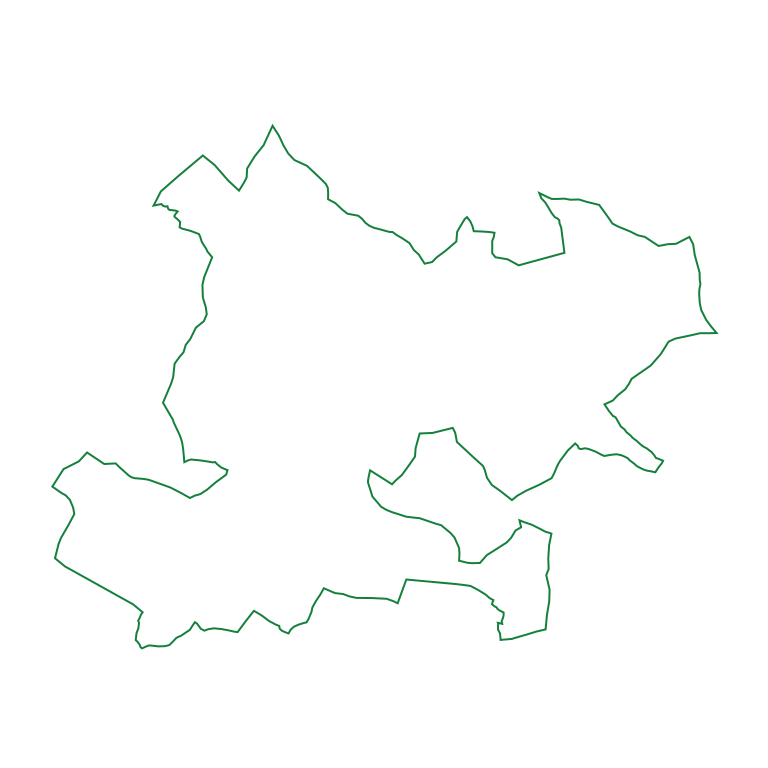 Nwangele, Imo, Nigeria, rotated 179°
{"feature_id": "59680162B11133908611483", "entity_name": "Nwangele", "entity_type": "district", "adm_level": 2, "iso_a3": "NGA", "parent_name": "Nigeria", "parent_adm1": "Imo", "projection": "albers", "projection_center": [7.127, 5.702], "detail": "fine", "context": "isolated", "style": "outline", "palette": "green", "viewbox_px": 768, "rotation_deg": 179, "n_neighbors": 0, "source": "geoboundaries", "source_scale": "gbopen_adm2", "svg_char_len": 5126}
<svg xmlns="http://www.w3.org/2000/svg" viewBox="0 0 768 768"><g transform="rotate(179 384 384)"><path d="M114.2,291.0L113.3,292.4L111.7,294.8L109.7,297.4L107.6,299.9L106.3,302.4L109.2,303.7L113.5,305.4L115.0,308.0L116.5,309.8L117.7,311.4L119.8,312.9L122.3,315.0L125.9,317.0L129.0,319.5L132.1,322.5L136.3,325.8L138.5,328.3L142.4,331.6L144.4,334.5L147.8,337.2L153.0,346.6L155.8,348.2L159.7,353.3L163.9,359.8L155.6,363.4L150.3,368.8L143.0,374.4L139.2,379.7L136.3,384.9L117.0,397.8L106.8,409.0L98.7,421.4L92.0,424.3L77.5,427.1L66.9,429.3L57.5,429.1L50.6,429.2L56.1,436.0L60.7,442.4L65.5,452.3L66.9,459.7L67.3,469.2L66.9,474.1L65.9,478.3L66.5,483.1L66.5,489.8L71.0,507.3L72.5,518.5L76.1,525.7L89.5,519.1L98.0,518.8L107.0,517.2L120.6,526.5L127.8,528.3L134.8,532.0L147.1,537.3L152.8,540.4L156.0,545.4L165.7,559.3L178.5,562.7L185.9,565.1L194.3,565.0L200.6,566.2L207.0,566.0L213.0,566.1L216.8,567.8L225.4,572.2L223.5,567.0L219.6,562.7L216.9,558.2L213.6,552.3L210.3,547.8L207.8,546.6L205.9,544.7L205.7,541.7L204.1,537.3L201.3,512.0L247.3,500.3L258.2,506.5L270.4,508.8L273.5,512.9L273.3,525.0L271.6,529.3L270.9,533.3L275.9,534.1L283.9,534.8L291.6,535.2L292.7,540.0L294.9,545.2L298.1,549.4L300.5,547.4L305.1,540.1L308.2,534.8L309.2,525.2L320.2,516.1L329.1,509.7L333.8,505.1L341.3,503.6L347.0,512.9L351.8,517.4L356.0,524.4L362.9,529.2L368.7,532.7L372.8,535.8L376.1,536.0L387.4,539.3L391.0,540.2L395.9,542.5L399.8,545.5L402.9,549.4L406.8,552.7L417.6,554.9L422.8,559.2L429.6,565.8L436.7,569.7L436.5,575.8L436.8,581.3L438.7,585.1L444.2,590.8L457.1,603.4L469.7,609.5L475.7,616.1L480.2,624.0L484.7,634.1L490.9,644.1L500.2,624.9L509.4,613.8L517.1,601.8L517.7,593.0L520.4,587.9L525.6,579.9L536.3,590.2L549.5,605.9L561.2,615.6L586.0,595.5L603.7,580.5L608.6,571.3L611.3,566.4L603.4,567.8L601.7,565.9L599.2,565.2L597.4,565.5L596.8,563.1L595.5,561.8L592.2,561.4L589.4,561.0L587.3,560.1L589.3,557.9L590.6,555.8L590.6,555.0L589.6,554.0L588.0,552.7L585.0,549.7L585.3,546.7L585.6,544.2L583.3,542.9L574.8,540.5L566.5,537.2L565.3,534.7L563.7,529.3L560.9,524.6L559.5,522.4L558.2,519.5L553.6,513.7L562.0,493.8L563.8,486.2L563.6,473.7L560.8,463.6L560.0,456.8L563.0,450.0L571.1,443.6L577.0,432.2L581.5,426.7L583.9,419.2L588.1,414.5L593.0,408.0L594.7,394.4L596.9,388.0L605.3,369.1L595.7,352.0L594.8,349.0L592.0,342.8L588.9,335.8L586.9,329.4L585.9,321.9L585.0,309.3L581.4,311.0L578.2,311.9L569.0,310.8L561.1,309.5L556.3,308.6L554.2,308.9L552.4,306.9L548.4,303.5L544.0,301.4L542.0,300.7L543.4,296.1L553.9,288.7L562.9,281.3L569.7,277.1L575.1,275.7L580.0,273.4L588.7,278.5L599.3,284.2L612.0,289.0L621.1,292.4L626.3,293.3L635.1,294.2L638.1,295.2L640.7,296.9L649.8,305.3L653.7,309.3L665.1,308.9L682.1,320.7L690.4,312.0L705.9,304.5L717.4,287.2L708.6,280.8L704.2,278.2L700.1,273.7L697.0,266.0L695.9,259.4L702.0,248.4L709.6,235.8L712.2,229.6L716.0,215.5L706.2,207.2L638.6,168.0L629.3,160.0L630.9,157.9L632.7,153.7L633.9,151.7L633.1,149.4L633.9,143.9L635.8,139.2L636.7,132.3L634.9,130.5L632.6,127.2L632.0,125.1L630.5,123.9L626.9,125.5L623.7,126.7L620.8,126.5L614.2,125.6L607.6,125.7L603.2,126.7L599.6,130.1L595.9,133.9L591.4,135.8L588.0,138.0L582.4,141.6L580.0,145.2L577.3,149.1L575.3,147.9L573.0,144.7L571.4,142.4L567.9,140.5L564.0,141.9L558.3,142.7L550.6,141.8L543.7,140.4L538.2,139.0L534.7,138.5L525.9,149.9L518.0,159.5L510.3,154.7L503.3,149.2L496.2,145.2L493.0,144.0L492.6,141.3L490.4,139.1L486.8,137.4L483.8,136.3L481.5,140.1L478.3,142.9L473.9,144.8L468.2,146.5L465.6,147.0L463.5,150.5L460.5,157.4L459.5,161.8L455.7,168.4L451.4,174.5L447.7,180.8L436.7,175.8L428.5,174.7L422.2,172.2L415.0,170.6L400.0,170.2L385.1,169.2L378.4,166.7L374.2,164.5L365.1,188.1L315.6,182.7L308.7,181.8L301.1,180.6L294.3,176.9L286.3,171.9L282.1,168.1L278.4,166.0L279.4,163.7L279.8,161.8L277.3,159.7L275.4,158.8L274.5,157.2L272.2,155.4L268.4,153.5L268.5,150.1L269.4,147.4L270.5,144.8L270.0,142.1L272.4,142.8L274.3,143.2L274.0,142.2L274.2,140.1L274.3,137.3L274.2,136.3L273.2,134.3L272.3,132.5L271.9,126.1L260.5,126.9L258.0,127.7L246.1,130.9L236.0,133.8L226.7,135.8L225.1,150.3L222.6,163.7L222.0,175.3L225.1,190.1L222.6,196.1L222.8,206.6L221.7,220.1L219.2,231.5L225.6,233.7L230.8,236.6L238.7,240.7L246.7,243.6L250.9,245.4L249.4,238.3L255.0,235.3L259.6,228.0L264.2,223.3L284.2,211.1L291.2,203.4L298.9,203.3L303.8,203.8L312.0,206.0L311.5,213.2L311.8,218.7L316.1,229.1L320.0,233.8L329.3,241.8L335.2,243.6L351.0,249.3L355.0,249.7L364.0,250.9L372.5,253.8L377.9,255.6L383.8,258.1L389.0,261.3L397.5,271.6L399.8,279.4L401.7,285.7L401.6,288.1L400.7,292.6L399.4,297.9L377.7,283.6L374.5,286.9L367.7,292.7L360.3,302.5L354.3,310.8L353.5,319.3L349.2,333.9L336.4,334.2L316.0,338.9L313.7,334.1L312.1,324.8L295.6,308.9L286.4,300.3L284.6,295.8L282.7,288.5L277.9,281.1L270.3,275.6L258.1,265.7L252.6,270.0L244.2,274.6L230.4,280.6L218.1,286.9L215.7,291.2L211.8,299.9L209.3,304.1L201.3,314.4L193.9,321.2L191.4,318.9L190.4,316.3L188.4,315.5L184.1,316.2L180.7,315.5L173.6,312.7L168.1,309.6L165.0,308.2L157.8,309.3L152.6,309.7L147.8,308.6L144.7,307.2L141.6,305.6L139.7,303.4L135.5,300.2L132.8,297.6L128.7,295.3L126.1,294.0L122.4,292.7L119.3,292.2L114.2,291.0Z" fill="none" stroke="#15803d" stroke-width="2"/></g></svg>